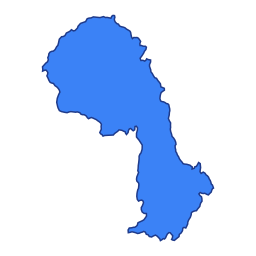 Guaratinguetá, São Paulo, Brazil (Equal Earth projection)
{"feature_id": "56859067B12081064634650", "entity_name": "Guaratinguetá", "entity_type": "district", "adm_level": 2, "iso_a3": "BRA", "parent_name": "Brazil", "parent_adm1": "São Paulo", "projection": "equal_earth", "projection_center": [-45.213, -22.813], "detail": "fine", "context": "isolated", "style": "filled", "palette": "blue", "viewbox_px": 256, "rotation_deg": 0, "n_neighbors": 0, "source": "geoboundaries", "source_scale": "gbopen_adm2", "svg_char_len": 4546}
<svg xmlns="http://www.w3.org/2000/svg" viewBox="0 0 256 256"><path d="M59.3,39.2L58.5,43.0L57.8,45.5L56.7,46.6L55.1,49.6L53.4,51.1L51.5,51.4L49.9,52.2L48.8,53.9L48.6,55.8L47.8,57.6L48.3,59.8L47.5,61.8L45.7,63.2L44.5,64.6L42.5,66.8L42.8,69.5L42.6,71.1L45.1,70.1L46.3,70.3L47.8,72.4L47.6,74.2L46.9,75.9L48.1,78.3L48.9,80.3L50.1,82.3L51.3,82.9L53.5,83.5L55.0,85.7L56.8,86.9L58.2,88.4L59.3,90.1L59.9,92.1L58.7,94.5L57.3,98.2L56.7,102.3L57.2,104.6L57.6,106.4L58.1,108.0L59.4,110.6L61.5,111.6L63.3,112.0L65.1,112.4L67.1,112.7L68.9,112.0L70.8,111.6L75.7,112.2L77.2,111.9L79.7,112.6L81.1,114.3L82.7,114.7L84.3,114.7L86.4,116.1L87.3,117.6L88.5,118.7L90.0,118.0L91.3,117.5L93.0,118.1L94.9,119.0L96.3,119.6L97.5,120.6L98.9,121.5L100.3,122.6L101.4,124.3L101.1,126.5L101.3,129.2L100.5,130.9L99.8,132.6L100.7,133.9L102.0,134.6L103.0,136.1L104.6,135.5L107.8,135.3L109.6,135.2L111.8,135.1L113.4,135.0L114.3,133.8L115.7,132.7L117.7,131.3L119.0,129.9L120.6,130.1L122.1,130.4L123.6,131.2L125.1,131.7L125.6,133.3L126.5,134.5L128.1,132.5L128.5,130.4L129.4,128.9L130.7,128.5L132.0,129.8L133.2,130.8L134.7,129.8L135.0,126.5L136.3,126.2L137.5,127.8L137.4,130.1L137.0,131.6L136.5,133.3L136.5,135.0L136.5,137.0L137.6,138.4L139.0,140.1L142.2,145.0L142.2,147.0L142.1,149.3L141.0,152.9L140.0,154.1L139.1,156.2L139.1,158.8L138.9,161.0L138.7,162.7L138.3,165.4L138.1,168.8L137.8,170.8L138.6,172.3L137.8,174.5L136.8,177.0L136.5,179.2L136.8,181.0L138.6,183.0L138.9,184.7L138.7,186.3L138.5,188.4L137.8,189.7L137.3,191.8L137.0,193.5L136.8,196.4L137.3,199.4L138.6,201.1L140.0,200.4L141.8,200.1L143.1,201.1L143.5,202.8L142.2,206.1L141.3,207.5L141.3,209.7L142.2,212.0L144.1,213.4L146.4,213.5L146.5,216.1L145.0,218.3L143.9,219.8L142.4,220.7L140.2,221.7L138.0,222.7L137.2,225.4L136.0,226.5L134.7,227.3L133.4,227.3L131.7,227.8L129.3,228.0L128.1,230.0L128.3,232.7L129.9,232.4L131.5,231.9L132.7,231.9L134.1,232.3L135.6,232.7L137.6,233.5L139.3,233.2L140.8,232.5L142.4,232.1L143.7,231.4L145.4,232.2L146.3,234.3L148.0,234.7L149.3,236.5L151.6,237.0L153.5,235.9L155.5,235.1L157.0,236.0L158.4,237.4L159.8,238.9L160.4,240.6L161.8,239.8L163.3,238.6L164.5,239.0L165.6,237.8L166.3,236.1L167.3,234.1L168.9,232.6L170.3,232.8L171.2,234.0L172.7,235.7L172.4,237.8L171.6,239.5L172.8,240.1L174.4,240.4L176.9,238.3L179.0,236.6L179.3,234.4L181.2,232.9L182.5,230.7L182.8,228.2L184.0,227.4L185.8,228.0L186.7,226.2L187.7,224.0L187.8,222.0L188.8,219.7L190.3,217.4L191.2,214.8L191.3,213.0L192.3,211.9L193.7,211.3L194.9,210.9L196.5,210.7L197.7,208.9L198.9,207.5L199.8,206.4L200.1,204.8L200.7,203.0L202.0,201.2L201.9,198.7L201.5,196.8L199.9,195.5L198.9,193.9L200.2,192.5L201.8,193.3L203.3,193.5L204.8,193.3L207.1,194.5L208.4,194.9L209.7,193.5L211.2,192.1L211.8,190.1L212.4,188.8L213.5,188.1L213.0,186.6L212.4,185.0L211.3,184.0L210.8,182.0L210.2,180.4L209.3,179.1L208.5,177.1L207.3,175.7L206.1,174.9L205.0,173.2L203.2,172.1L201.1,173.4L200.0,171.7L200.3,169.5L200.6,167.6L200.4,165.6L200.2,163.6L198.6,162.5L197.6,164.4L196.4,166.4L194.9,166.7L194.2,168.3L192.1,169.0L192.3,167.0L191.0,166.1L190.0,165.2L188.5,164.8L186.9,164.3L184.7,164.1L183.1,163.7L182.2,162.3L180.7,160.6L179.4,158.8L178.6,156.8L177.4,155.0L176.7,153.0L175.7,151.4L175.7,149.7L175.2,147.9L175.1,145.6L176.0,144.4L175.7,142.2L174.8,139.9L173.5,137.9L172.1,136.5L171.5,134.0L170.7,131.6L170.3,129.1L170.6,127.5L170.5,125.1L170.6,122.9L169.4,120.9L168.4,118.6L168.7,117.0L169.2,115.1L169.4,112.4L169.8,110.8L169.7,108.8L169.2,106.8L168.8,104.8L167.8,103.8L166.3,103.5L164.8,102.4L163.4,101.8L162.0,101.6L160.7,101.0L159.9,98.7L160.2,95.9L160.6,94.1L161.2,92.5L162.9,91.2L164.4,90.2L164.3,88.3L162.7,87.6L160.9,86.9L160.4,83.8L159.1,82.0L157.9,80.6L156.5,78.3L154.7,77.7L153.5,75.8L152.2,73.4L150.9,71.8L150.7,69.8L150.1,68.1L149.5,66.3L149.5,64.6L150.6,62.0L150.6,60.0L148.0,59.5L146.7,58.8L145.9,60.2L144.7,61.1L142.9,60.3L140.9,60.5L140.1,58.2L141.5,56.4L142.5,54.9L143.6,53.2L144.5,51.2L145.9,49.5L146.4,47.2L145.5,46.3L143.1,46.2L141.4,45.5L140.1,45.5L139.8,43.8L140.6,41.4L139.3,39.4L138.4,38.2L137.0,37.5L135.5,37.6L133.8,37.5L132.4,38.6L131.5,36.9L131.0,34.6L130.6,32.3L129.9,31.1L128.5,30.2L126.5,29.1L125.0,27.8L123.5,27.2L121.3,26.7L119.6,26.0L118.4,24.1L117.0,23.7L115.4,22.2L114.7,20.9L114.3,19.2L114.9,17.3L114.5,15.6L113.0,15.4L111.7,16.3L110.9,18.2L107.2,17.4L105.4,17.5L103.5,16.6L100.0,17.6L93.3,16.9L91.1,17.9L89.0,18.1L87.2,18.7L85.6,21.6L80.5,23.4L78.0,26.3L77.5,28.0L75.1,30.5L73.4,30.9L71.4,29.7L70.3,30.9L69.1,31.7L66.4,33.0L64.9,35.7L63.0,36.6L61.6,36.7L59.3,39.2Z" fill="#3b82f6" stroke="#1e3a8a" stroke-width="1.5"/></svg>